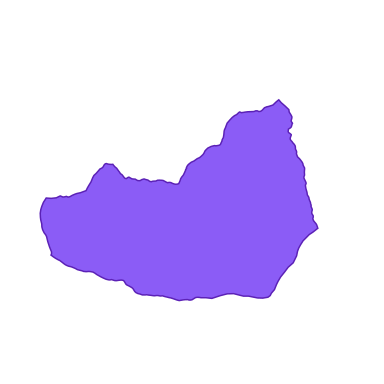 the district of Tsamang, Mongar, Bhutan, rotated 116°
{"feature_id": "84629894B64921010136115", "entity_name": "Tsamang", "entity_type": "district", "adm_level": 2, "iso_a3": "BTN", "parent_name": "Bhutan", "parent_adm1": "Mongar", "projection": "mercator", "projection_center": [91.133, 27.369], "detail": "fine", "context": "isolated", "style": "filled", "palette": "violet", "viewbox_px": 384, "rotation_deg": 116, "n_neighbors": 0, "source": "geoboundaries", "source_scale": "gbopen_adm2", "svg_char_len": 4611}
<svg xmlns="http://www.w3.org/2000/svg" viewBox="0 0 384 384"><g transform="rotate(116 192 192)"><path d="M312.2,267.9L312.1,267.2L311.9,264.2L311.9,262.8L312.0,261.0L311.6,258.8L311.0,256.1L310.9,254.6L310.4,253.3L310.0,252.2L308.8,250.2L308.2,248.8L307.4,246.0L307.5,243.8L307.9,241.6L308.0,240.5L308.0,239.9L308.2,237.1L308.2,234.0L308.1,231.1L307.5,228.4L307.0,227.2L306.0,225.9L305.8,224.6L305.5,222.6L304.8,221.0L303.6,219.3L302.4,217.4L302.0,216.6L301.6,215.0L301.9,213.9L302.8,212.5L303.8,211.0L304.1,209.9L304.1,208.9L304.1,207.3L304.2,205.7L304.3,204.2L304.7,202.7L305.6,201.3L306.5,199.9L307.0,198.2L307.0,196.1L306.5,193.9L306.3,191.6L305.0,188.9L304.2,187.7L303.8,186.2L302.9,183.7L302.2,181.4L301.6,180.0L300.7,178.7L300.0,177.3L299.4,175.0L298.2,172.9L298.0,171.1L297.3,168.0L297.0,166.4L296.5,164.7L296.1,161.9L295.7,158.4L295.2,155.9L292.8,152.6L291.8,151.0L290.6,148.7L290.4,147.3L289.6,145.7L288.7,144.6L287.5,143.9L285.3,142.5L284.4,141.2L283.6,139.4L283.1,137.6L280.9,133.1L278.9,127.5L272.8,121.2L268.1,115.7L265.1,110.0L263.9,104.2L263.0,100.0L260.8,95.5L258.5,86.7L256.3,81.8L255.2,80.3L253.3,77.6L250.8,76.3L248.2,76.3L243.6,75.1L238.1,75.5L234.6,75.5L229.5,75.1L223.3,73.7L217.5,72.6L211.3,70.0L203.5,70.0L198.9,71.2L195.4,71.5L191.9,71.3L187.2,70.8L178.9,68.0L175.0,65.7L169.4,63.0L168.9,63.6L168.5,63.9L167.9,64.5L167.1,65.3L166.7,65.8L166.1,66.7L165.5,68.1L164.6,70.0L163.5,71.3L162.6,71.9L161.9,71.9L160.4,72.5L159.7,73.5L158.8,74.9L157.5,75.6L155.6,76.0L154.8,76.4L154.0,77.3L152.9,78.6L152.1,78.9L151.2,79.5L150.5,80.3L149.4,81.0L148.4,82.2L147.2,83.5L145.8,84.5L145.1,85.3L144.2,86.9L143.1,87.7L141.9,88.5L138.9,91.2L136.6,92.8L135.9,93.1L134.8,93.1L134.0,93.3L133.0,94.3L131.4,96.3L130.3,97.6L129.1,98.1L127.7,98.2L127.0,98.5L125.8,99.2L125.1,99.6L124.2,100.0L121.7,101.0L120.9,101.5L120.1,102.7L119.1,103.9L117.8,104.9L116.9,106.1L115.7,108.4L114.9,110.1L114.5,111.5L114.1,112.6L113.5,113.2L112.6,114.2L111.7,115.0L110.6,115.3L109.7,115.8L108.8,116.8L108.4,117.5L107.6,118.1L107.0,118.4L106.3,118.8L105.5,119.3L104.7,120.4L104.1,121.5L103.9,122.2L103.3,123.4L102.8,124.3L102.4,125.5L101.7,126.6L101.1,127.1L99.8,127.5L97.6,127.7L96.9,128.0L96.5,129.4L96.4,130.3L96.1,131.4L95.5,132.1L94.3,132.5L93.2,132.9L92.2,132.3L91.3,131.7L90.5,131.4L89.6,131.3L89.0,131.5L87.8,131.6L86.9,131.9L86.2,131.8L85.9,132.2L85.4,133.1L85.0,133.8L84.4,134.1L83.8,134.3L82.5,134.5L81.4,134.8L80.6,135.2L80.1,135.8L79.0,137.3L78.3,138.5L77.5,139.7L75.5,141.1L73.9,146.1L72.6,151.0L71.1,154.4L71.8,154.8L74.5,156.0L77.6,157.1L78.5,157.5L80.4,159.5L81.9,161.1L82.5,162.0L84.5,163.8L85.8,164.2L87.6,164.7L89.4,165.7L90.4,167.2L90.4,168.8L91.1,170.3L92.5,171.6L93.3,173.0L95.3,176.8L96.9,179.3L98.0,180.8L99.1,182.5L99.1,184.1L99.9,184.7L102.8,185.8L104.8,187.3L107.3,188.5L110.5,189.5L114.7,190.6L117.9,190.3L119.7,190.1L121.6,190.1L123.2,189.8L126.3,188.6L129.3,187.7L131.6,187.8L133.3,187.4L135.1,187.4L136.7,187.3L137.8,187.8L138.7,188.9L140.1,190.9L140.3,191.9L141.4,193.3L142.7,194.8L144.0,195.8L145.5,197.0L147.6,197.8L149.2,198.3L150.2,198.3L151.9,198.3L153.4,198.5L156.1,199.5L157.8,200.3L159.7,201.9L163.4,203.9L165.5,205.7L168.1,207.0L169.8,207.6L171.0,207.7L172.6,207.7L173.3,207.2L174.4,207.6L175.4,207.3L178.6,207.2L180.6,207.2L183.1,207.8L185.2,208.0L186.6,207.7L188.9,207.6L190.3,207.6L191.3,208.6L192.2,210.1L192.6,211.5L192.8,213.3L192.8,215.2L193.3,216.6L194.4,218.2L194.4,219.7L194.3,221.7L194.3,223.1L194.8,224.5L195.6,226.4L196.5,228.1L198.0,229.3L199.5,232.0L200.6,233.1L201.0,234.6L200.6,236.8L201.1,239.3L201.3,240.8L202.8,242.5L204.6,243.7L205.5,245.7L205.5,247.1L205.3,248.6L206.1,250.6L206.5,251.8L206.4,253.6L206.3,255.2L207.1,256.0L208.7,256.9L209.1,258.1L208.9,259.0L208.0,260.7L207.1,262.6L206.9,264.3L206.1,265.6L204.8,268.1L203.7,270.1L203.2,272.2L202.4,274.2L201.8,275.3L202.5,276.4L203.2,278.1L203.7,279.6L204.0,281.5L204.7,282.3L206.0,282.8L208.4,282.9L209.8,283.4L211.8,284.9L213.6,285.3L217.3,286.3L220.1,287.4L222.6,287.5L227.2,287.2L231.3,287.6L234.3,287.8L237.2,287.8L241.6,292.0L243.8,294.8L245.2,296.2L247.4,298.1L249.7,299.7L250.9,301.1L251.0,303.0L252.3,304.5L253.1,305.8L253.2,307.7L253.3,308.7L254.9,310.0L256.7,311.4L259.4,315.7L260.7,318.8L261.3,320.4L266.4,321.0L270.8,320.7L274.0,320.2L277.6,319.1L281.1,317.2L283.4,315.7L286.5,313.1L289.2,311.6L291.4,309.7L293.5,307.0L294.7,304.6L295.9,303.1L299.9,299.8L303.9,295.9L307.4,292.0L309.3,291.1L310.5,291.1L310.6,290.5L311.0,288.5L311.4,285.6L311.6,282.2L311.5,281.0L312.0,278.4L312.6,275.7L312.9,273.8L312.9,271.9L312.8,270.6L312.2,267.9Z" fill="#8b5cf6" stroke="#5b21b6" stroke-width="1.5"/></g></svg>